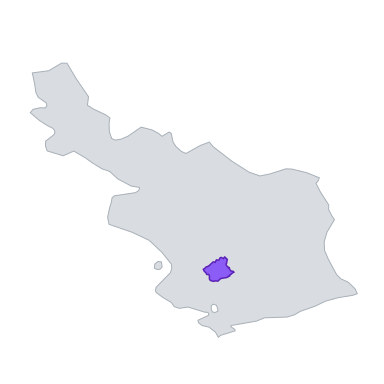 location of Dilidjan, Tavush, Armenia, rotated 171°
{"feature_id": "60910142B28859062428936", "entity_name": "Dilidjan", "entity_type": "district", "adm_level": 2, "iso_a3": "ARM", "parent_name": "Armenia", "parent_adm1": "Tavush", "projection": "orthographic", "projection_center": [44.852, 40.743], "detail": "fine", "context": "in_parent", "style": "filled", "palette": "violet", "viewbox_px": 384, "rotation_deg": 171, "n_neighbors": 0, "source": "geoboundaries", "source_scale": "gbopen_adm2", "svg_char_len": 2878}
<svg xmlns="http://www.w3.org/2000/svg" viewBox="0 0 384 384"><g transform="rotate(171 192 192)"><path d="M167.1,238.6L163.9,233.3L147.6,216.0L132.6,202.7L122.3,197.2L111.8,197.7L95.6,200.2L89.7,199.0L75.7,193.1L64.0,186.1L65.7,183.2L68.2,181.2L65.3,172.3L59.0,157.8L59.8,153.3L57.8,147.1L55.6,142.4L64.9,131.3L69.2,122.3L70.2,113.5L67.9,104.4L62.1,87.8L58.5,82.9L51.7,78.4L46.1,70.9L44.7,65.7L49.6,64.8L63.7,64.8L77.4,63.3L88.1,60.0L103.6,57.2L110.0,54.7L117.5,53.6L140.1,56.4L148.5,54.4L174.0,54.0L174.7,52.9L171.2,49.5L171.2,48.1L186.4,45.9L188.7,44.3L190.7,49.8L196.4,55.9L202.7,58.4L206.0,61.8L206.2,64.4L195.2,67.5L194.4,69.1L195.2,70.6L198.4,71.4L213.9,79.0L222.7,79.1L227.4,81.5L229.7,86.1L237.2,92.3L243.1,98.3L243.5,100.4L242.4,103.5L226.0,115.6L223.9,119.7L223.7,124.0L231.0,136.9L241.9,151.0L257.5,161.6L279.0,173.0L279.3,180.2L276.0,188.9L273.2,194.7L271.9,198.7L269.3,200.4L247.9,200.2L244.7,201.6L243.4,203.3L243.3,204.8L251.0,207.3L263.1,216.4L270.1,225.2L277.3,229.0L285.5,236.0L292.1,242.5L302.3,250.9L313.6,247.9L328.7,255.3L329.5,260.5L328.6,265.1L319.2,270.3L318.1,272.4L318.1,274.2L319.4,276.6L325.0,280.7L331.7,286.7L339.3,295.7L336.0,298.5L329.1,299.0L323.7,298.0L321.9,299.9L322.0,302.8L329.2,309.7L330.6,314.7L330.5,323.5L331.1,334.6L314.6,334.2L300.6,339.7L295.3,338.7L291.6,329.4L288.5,321.7L279.3,302.2L281.7,294.1L276.6,289.5L264.6,281.3L261.5,277.9L263.1,273.1L264.2,264.5L263.0,257.4L259.8,255.3L253.8,255.3L246.6,257.1L232.1,264.0L222.0,259.7L216.2,255.4L212.8,251.7L205.2,254.8L203.4,253.3L202.9,244.3L200.7,239.4L196.1,233.7L191.9,231.0L176.4,236.7L167.1,238.6ZM190.8,76.5L191.3,73.3L190.6,70.3L188.1,69.4L185.1,70.2L184.9,73.4L185.8,76.5L188.8,77.9L190.8,76.5ZM240.1,126.6L236.5,128.7L233.2,127.8L233.2,122.7L235.6,120.7L238.3,120.8L241.0,122.6L240.1,126.6Z" fill="#d9dde1" stroke="#a8b0b8" stroke-width="1"/><path d="M167.7,119.9L169.8,122.7L170.5,122.3L171.3,121.3L172.1,121.8L173.1,122.7L173.9,122.8L174.5,122.6L175.0,122.1L175.5,121.2L176.0,120.6L176.7,120.5L178.1,121.1L178.5,121.1L179.1,120.4L180.0,118.9L181.3,119.5L182.2,119.6L183.4,118.7L184.9,117.8L186.6,116.6L187.7,116.1L189.7,115.8L191.3,114.6L192.9,113.9L192.4,112.0L190.8,109.8L190.3,108.2L188.5,108.0L187.9,106.5L188.3,104.5L188.3,102.7L187.4,101.6L186.0,100.9L184.4,100.3L183.3,100.7L181.9,100.2L181.3,100.2L180.3,99.9L180.0,100.2L178.1,101.4L177.4,102.0L175.7,102.0L173.7,102.2L173.2,102.1L172.8,102.1L172.0,102.0L169.7,102.4L169.3,103.2L168.9,103.3L168.1,103.0L167.8,103.3L167.6,104.2L167.1,104.4L166.4,104.5L166.0,105.0L164.4,105.8L163.2,106.2L163.4,106.7L163.4,106.9L163.9,107.2L164.4,107.4L164.6,107.5L165.3,107.7L166.0,108.1L166.6,108.9L166.9,110.3L167.0,111.4L167.6,111.3L167.9,111.3L168.3,111.6L168.2,112.6L169.1,113.4L169.5,114.1L169.6,115.1L169.5,115.8L168.8,116.4L168.7,117.4L168.3,118.3L167.7,119.9Z" fill="#8b5cf6" stroke="#5b21b6" stroke-width="1.5"/></g></svg>